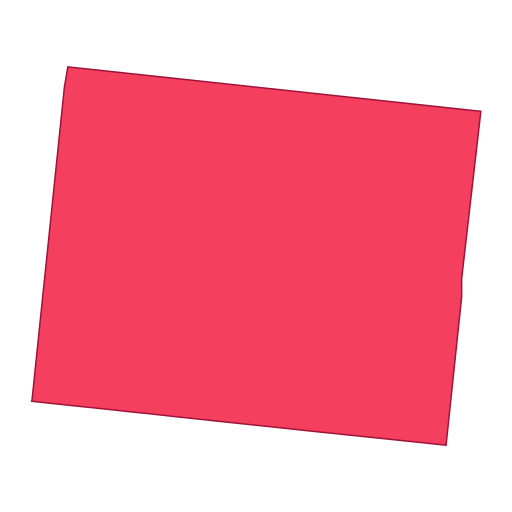 the district of Hitchcock, Nebraska, United States of America, rotated 6°
{"feature_id": "52423323B23020703161969", "entity_name": "Hitchcock", "entity_type": "district", "adm_level": 2, "iso_a3": "USA", "parent_name": "United States of America", "parent_adm1": "Nebraska", "projection": "equal_earth", "projection_center": [-101.114, 40.176], "detail": "fine", "context": "isolated", "style": "filled", "palette": "rose", "viewbox_px": 512, "rotation_deg": 6, "n_neighbors": 0, "source": "geoboundaries", "source_scale": "gbopen_adm2", "svg_char_len": 422}
<svg xmlns="http://www.w3.org/2000/svg" viewBox="0 0 512 512"><g transform="rotate(6 256 256)"><path d="M47.2,423.9L48.3,423.9L70.4,424.0L75.9,424.0L103.8,424.0L128.6,424.0L145.4,424.1L155.3,424.1L162.7,424.0L190.6,424.2L242.6,424.3L266.7,424.3L333.2,424.4L464.8,424.3L464.8,275.3L462.9,257.3L464.5,88.6L450.6,88.6L49.1,87.6L47.8,107.9L48.3,423.9L47.2,423.9Z" fill="#f43f5e" stroke="#9f1239" stroke-width="1.5"/></g></svg>